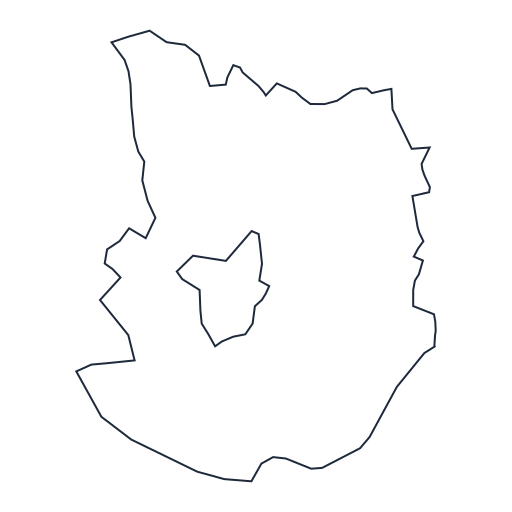 SVG path tracing the border of Daugavpils
{"feature_id": "LVA-1081", "entity_name": "Daugavpils", "entity_type": "Municipality", "adm_level": 1, "iso_a3": "LVA", "parent_name": "Latvia", "parent_adm1": "", "projection": "mercator", "projection_center": [26.626, 55.932], "detail": "fine", "context": "isolated", "style": "outline", "palette": "slate", "viewbox_px": 512, "rotation_deg": 0, "n_neighbors": 0, "source": "natural_earth", "source_scale": "10m", "svg_char_len": 1479}
<svg xmlns="http://www.w3.org/2000/svg" viewBox="0 0 512 512"><path d="M251.4,481.3L224.2,479.1L197.3,471.7L131.3,439.6L101.4,416.8L76.3,371.4L91.3,364.6L107.1,363.2L134.6,360.4L128.3,335.1L100.0,300.0L120.5,277.5L112.6,269.1L104.7,263.5L107.1,249.4L119.7,241.0L129.1,228.3L145.7,238.2L155.4,217.8L147.6,200.8L142.3,180.4L144.3,161.6L138.3,151.6L134.2,136.5L132.7,119.2L131.4,106.8L130.5,84.3L128.5,71.3L124.6,60.0L111.5,42.3L128.0,36.8L149.6,30.7L166.6,42.2L185.1,44.8L199.0,55.6L209.9,86.0L225.8,84.6L227.3,77.6L233.3,65.2L240.0,67.5L242.7,72.5L258.6,86.1L263.8,92.3L265.8,95.5L276.8,83.4L295.6,91.8L301.8,97.6L310.4,104.0L324.6,104.1L337.2,100.7L352.7,90.2L360.3,88.4L366.8,88.5L371.9,93.1L383.7,90.3L391.4,88.9L392.5,109.3L411.7,148.8L429.6,147.5L421.6,163.9L422.4,169.6L424.6,175.8L429.9,187.2L429.1,192.2L412.4,196.0L417.6,227.1L419.3,232.8L423.4,241.2L418.1,248.5L413.8,256.6L422.9,260.5L418.9,274.3L414.9,280.6L413.2,290.1L413.2,306.1L434.0,314.3L435.3,321.8L435.7,330.9L435.0,335.8L434.4,345.8L434.5,346.1L434.7,346.5L424.4,353.0L396.9,386.8L369.6,437.0L360.1,448.2L322.1,467.9L311.2,468.7L285.8,458.5L273.1,457.1L261.4,463.6L251.4,481.3ZM215.1,346.3L221.8,341.5L233.2,336.7L245.3,334.3L252.6,323.6L254.9,306.2L261.9,299.9L265.9,293.4L269.2,286.1L259.3,280.6L262.0,263.9L260.0,244.8L258.6,234.0L251.6,231.1L225.9,260.9L193.0,255.7L176.8,271.5L182.2,279.1L199.6,290.0L200.4,310.5L201.7,323.6L208.4,334.3L215.1,346.3Z" fill="none" stroke="#1e293b" stroke-width="2"/></svg>